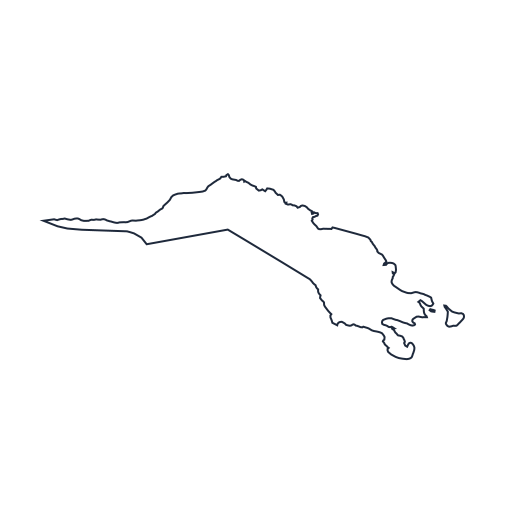 Cândido Mendes, Maranhão, Brazil (Equal Earth projection), rotated 100°
{"feature_id": "56859067B23777236022045", "entity_name": "Cândido Mendes", "entity_type": "district", "adm_level": 2, "iso_a3": "BRA", "parent_name": "Brazil", "parent_adm1": "Maranhão", "projection": "equal_earth", "projection_center": [-45.636, -1.694], "detail": "fine", "context": "isolated", "style": "outline", "palette": "slate", "viewbox_px": 512, "rotation_deg": 100, "n_neighbors": 0, "source": "geoboundaries", "source_scale": "gbopen_adm2", "svg_char_len": 6034}
<svg xmlns="http://www.w3.org/2000/svg" viewBox="0 0 512 512"><g transform="rotate(100 256 256)"><path d="M184.2,294.3L182.9,295.9L181.1,296.8L180.3,297.9L181.5,299.2L182.7,299.4L183.7,301.9L184.0,303.8L185.0,304.3L185.9,304.7L186.7,305.6L188.1,307.5L189.2,308.5L190.2,309.7L192.8,312.2L193.8,313.1L194.5,313.9L195.5,315.0L196.8,315.7L199.1,316.5L200.4,317.3L201.8,319.8L202.6,322.3L203.7,326.0L204.9,330.1L205.4,332.4L205.8,334.0L206.2,335.9L206.5,338.0L207.3,340.4L207.7,342.1L208.2,343.8L209.5,346.2L210.7,348.1L212.7,349.6L215.7,350.6L218.7,352.6L221.6,354.9L223.0,355.9L224.6,356.1L225.5,356.6L226.8,358.3L228.0,359.4L229.1,360.3L230.8,362.2L232.0,362.7L232.7,363.4L233.7,364.5L234.7,365.5L235.3,366.6L236.8,368.6L237.5,369.4L238.2,370.3L239.0,371.9L239.7,373.1L240.5,375.1L241.1,377.0L241.6,378.9L242.1,380.4L242.5,383.9L243.0,385.3L244.9,388.4L245.4,390.2L245.7,392.3L246.6,396.3L247.3,397.7L247.6,399.0L247.6,400.9L247.5,402.4L247.2,404.9L247.2,406.2L247.0,407.6L246.9,408.9L246.5,410.0L246.2,411.3L246.2,412.7L246.6,414.0L247.3,415.5L247.6,417.9L247.7,419.8L248.4,421.4L248.7,422.6L248.8,424.2L249.4,425.5L250.4,427.0L251.3,431.5L251.2,433.1L251.1,434.4L250.3,436.4L250.0,437.9L250.2,439.3L250.8,441.2L252.0,443.3L252.6,444.7L252.6,446.0L252.6,447.7L252.5,449.1L252.3,450.9L253.0,452.6L253.3,454.0L253.7,455.2L254.6,457.0L255.2,458.0L255.1,459.5L254.9,461.2L258.2,471.4L261.2,456.6L261.7,446.5L260.4,432.2L254.1,387.3L254.4,384.0L254.9,380.1L257.8,372.0L263.4,365.7L234.9,288.4L238.0,280.3L241.9,270.1L257.8,228.9L268.7,201.1L269.4,199.2L270.2,198.0L271.6,196.3L272.7,195.2L273.7,193.7L274.4,192.3L276.1,191.4L277.3,190.3L278.1,189.0L279.7,188.8L281.2,188.2L282.5,187.0L283.5,185.6L285.2,185.7L286.3,185.6L287.2,184.6L288.4,183.2L289.1,181.9L289.9,181.0L292.4,180.4L293.8,179.4L296.6,176.4L297.6,175.3L299.2,173.2L300.2,171.7L301.7,172.4L303.6,172.0L305.4,170.8L307.2,169.8L308.5,169.2L310.1,164.0L309.1,164.0L308.1,163.6L307.2,163.0L306.4,161.8L305.9,160.1L306.5,158.2L307.1,156.7L308.2,155.3L308.4,152.9L308.4,151.4L307.8,150.0L306.8,149.0L306.3,147.9L306.6,146.7L307.2,145.7L307.2,144.3L307.5,142.6L307.9,140.8L307.8,138.9L307.0,138.1L307.3,135.7L307.5,133.8L307.8,132.4L309.1,129.0L309.4,126.9L309.4,124.4L309.5,122.1L309.7,120.3L310.2,118.5L311.4,117.1L312.4,116.1L313.5,115.3L316.1,115.1L317.1,116.0L318.1,116.2L318.8,115.3L319.7,114.4L320.6,113.9L321.3,112.9L322.1,111.5L322.9,110.6L323.5,109.4L324.7,110.3L326.2,110.0L327.5,109.2L328.8,107.0L329.5,105.8L329.9,104.6L331.1,101.0L331.4,99.4L331.7,97.6L331.7,96.3L331.7,94.1L331.6,92.3L331.5,90.8L331.4,89.6L330.7,87.6L329.8,86.1L328.8,85.2L327.9,84.9L326.8,84.7L325.1,84.5L323.9,84.2L322.9,84.1L321.6,83.9L320.1,83.9L318.7,84.1L317.3,84.8L316.1,85.8L315.4,86.6L314.7,87.6L314.6,88.8L315.1,89.9L316.5,90.7L319.1,91.4L318.3,93.5L316.0,95.0L314.7,94.5L313.2,95.2L312.2,96.0L311.0,96.7L309.9,98.0L309.5,100.1L309.5,102.3L308.8,103.3L308.1,104.0L307.3,105.3L306.5,106.1L305.1,107.1L303.6,110.1L303.6,108.6L303.2,107.3L302.5,108.9L302.1,110.2L302.8,111.6L302.8,113.1L302.1,114.6L301.7,116.3L301.6,118.0L301.0,119.8L299.7,120.4L298.2,120.4L296.9,119.7L295.2,116.9L294.7,115.8L294.2,114.3L293.8,111.7L294.2,109.8L294.6,107.3L294.6,105.7L295.2,102.6L295.6,101.0L295.9,99.6L296.1,97.8L296.2,95.4L296.7,94.2L297.3,91.9L297.4,90.0L296.8,88.4L295.9,87.5L294.8,88.0L294.2,89.7L293.2,90.7L292.1,90.9L291.1,90.6L290.0,89.6L289.0,88.5L287.9,87.3L287.4,85.5L287.5,81.5L287.1,80.2L286.6,77.1L285.7,77.6L284.8,79.0L283.5,80.2L282.0,80.9L280.5,81.3L278.7,81.7L277.0,84.3L276.1,85.2L274.5,86.2L273.5,87.0L273.0,88.1L271.0,86.4L271.6,84.8L274.5,80.0L275.0,78.4L275.2,76.7L275.0,75.2L274.3,74.2L273.1,73.5L272.1,73.1L271.3,73.7L270.4,74.5L269.2,75.2L266.6,76.3L266.0,77.8L265.2,80.8L264.9,82.7L264.5,83.8L264.3,85.2L264.2,87.5L263.9,89.0L263.7,90.9L263.8,92.5L264.2,93.7L265.7,96.7L266.1,99.8L266.0,101.4L265.2,106.1L264.4,108.2L262.2,113.0L261.4,114.9L260.2,116.5L258.6,117.8L257.3,118.1L255.9,118.0L254.1,117.5L253.0,117.7L251.6,117.1L250.3,116.8L249.2,118.3L248.2,118.6L248.9,116.4L247.9,115.7L245.4,115.7L243.5,116.2L242.6,116.5L241.7,116.7L240.6,117.3L239.6,119.0L239.3,120.2L239.3,122.1L239.6,123.9L240.2,125.2L241.1,125.9L242.1,126.4L242.7,128.7L241.2,128.5L240.1,127.5L238.8,126.7L237.8,127.3L235.7,129.3L233.5,131.2L232.7,132.2L231.7,135.7L230.5,137.3L229.5,137.5L228.4,138.3L227.6,139.2L226.7,140.1L225.7,140.8L224.8,141.9L223.4,143.4L222.3,144.1L221.4,145.5L220.1,146.2L218.3,148.6L217.6,152.2L217.3,155.5L216.7,161.2L214.7,183.2L214.6,185.6L216.3,186.4L216.4,187.7L216.7,189.2L217.0,191.5L217.5,194.6L218.3,196.6L218.6,198.5L218.2,199.7L216.1,201.7L214.7,203.9L213.7,205.2L211.6,207.2L210.3,206.6L209.2,207.1L207.8,206.6L207.3,205.2L206.3,204.0L205.6,202.5L204.2,202.1L203.1,202.8L203.4,204.8L203.0,206.1L204.2,206.8L204.8,208.1L203.5,208.7L202.8,207.7L202.1,208.8L201.6,210.6L200.4,213.0L199.2,214.4L198.3,216.5L198.2,217.8L198.2,219.2L199.0,220.6L200.1,221.3L201.2,223.4L200.0,224.7L199.5,226.9L199.7,228.7L199.2,229.8L199.0,231.1L199.8,233.4L199.4,235.6L198.2,235.4L198.5,236.7L197.8,237.5L195.5,238.4L193.2,240.2L192.3,241.4L191.5,243.2L192.1,245.0L191.0,246.6L190.4,247.6L189.1,248.7L187.8,250.3L187.3,254.0L187.5,256.7L189.0,257.3L190.6,258.2L189.3,261.4L190.4,262.7L191.1,264.6L189.5,267.5L187.9,268.1L187.4,270.3L187.2,271.8L186.5,274.0L185.7,275.3L185.1,276.6L184.7,278.3L184.1,279.7L184.8,280.5L183.5,281.0L183.0,282.1L182.9,283.3L183.7,284.7L185.0,285.8L185.1,287.2L184.6,288.8L184.6,291.2L184.6,292.7L184.2,294.3ZM290.9,56.2L291.7,55.2L292.1,53.5L291.4,51.5L290.4,49.6L290.2,47.8L289.8,46.4L288.7,45.5L287.1,44.5L286.1,43.7L284.8,42.9L283.3,41.9L281.8,41.0L280.6,40.6L279.2,40.7L278.1,41.1L277.1,42.1L276.7,43.9L277.4,46.3L277.1,50.8L276.7,53.2L275.8,54.8L274.3,57.4L272.6,59.4L272.0,60.4L272.1,61.9L273.4,61.3L274.7,59.9L277.5,57.4L280.2,57.1L282.9,56.9L285.2,56.9L287.0,56.9L288.9,57.4L289.8,57.2L290.9,56.2ZM280.1,73.9L280.1,72.1L280.0,70.6L278.6,70.6L278.3,72.1L278.3,73.5L278.1,75.1L279.2,75.6L280.1,73.9Z" fill="none" stroke="#1e293b" stroke-width="2"/></g></svg>